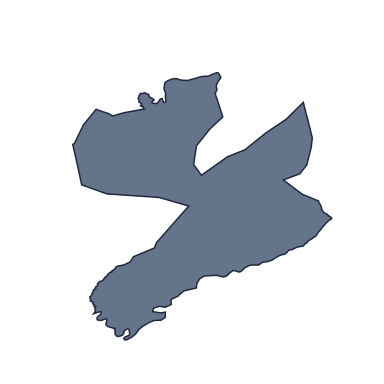 the district of Ixpantepec Nieves, Oaxaca, Mexico, rotated 68°
{"feature_id": "50627088B88531455891117", "entity_name": "Ixpantepec Nieves", "entity_type": "district", "adm_level": 2, "iso_a3": "MEX", "parent_name": "Mexico", "parent_adm1": "Oaxaca", "projection": "equal_earth", "projection_center": [-98.013, 17.504], "detail": "fine", "context": "isolated", "style": "filled", "palette": "slate", "viewbox_px": 384, "rotation_deg": 68, "n_neighbors": 0, "source": "geoboundaries", "source_scale": "gbopen_adm2", "svg_char_len": 4986}
<svg xmlns="http://www.w3.org/2000/svg" viewBox="0 0 384 384"><g transform="rotate(68 192 192)"><path d="M144.1,291.6L146.7,288.6L159.7,274.1L162.2,271.1L165.7,263.7L172.5,249.7L180.5,233.2L180.7,232.8L184.9,224.3L203.8,200.3L216.3,225.3L222.8,238.2L225.8,244.2L226.4,244.6L229.8,247.7L230.1,270.6L233.6,275.3L233.9,278.9L234.1,282.3L233.6,285.0L233.0,288.0L232.8,289.0L233.2,290.0L233.1,290.8L234.6,292.2L234.5,292.8L234.5,293.1L234.9,293.9L235.1,295.5L235.5,296.3L236.2,296.4L235.9,297.4L235.8,298.4L236.8,299.9L236.7,301.1L237.4,301.1L237.7,301.6L237.8,301.9L238.1,302.4L238.1,303.1L238.7,303.3L238.6,304.8L239.1,305.3L239.4,306.3L239.8,306.4L240.0,306.5L240.8,309.2L240.3,311.2L241.9,314.3L242.9,314.3L243.7,314.9L243.9,316.9L244.8,317.6L245.6,317.5L245.7,319.9L246.7,319.9L247.0,321.1L248.2,321.6L248.5,322.7L249.8,323.4L250.5,324.4L250.7,325.8L252.6,326.4L254.0,326.4L254.8,327.1L256.5,325.6L257.5,324.9L258.1,325.7L259.1,325.8L260.7,324.7L261.5,325.7L262.6,324.3L263.8,325.8L265.2,326.0L266.5,326.3L268.0,328.8L268.3,323.6L268.9,321.1L270.3,321.7L271.3,323.0L272.4,326.3L273.1,327.1L274.1,327.7L275.0,327.6L276.0,326.6L276.8,325.0L277.2,323.2L277.2,321.2L277.3,319.7L277.7,318.8L278.5,318.9L279.1,319.2L279.9,319.5L280.5,320.0L281.2,320.7L282.0,321.2L282.7,321.5L283.5,321.4L284.2,321.1L284.8,320.7L285.7,319.8L286.5,318.9L287.0,318.2L287.7,317.2L288.9,315.9L289.6,314.4L290.8,315.2L291.8,315.5L292.9,315.4L294.0,316.3L295.0,316.6L296.0,316.3L297.1,315.8L297.8,315.5L298.4,314.2L298.6,313.4L298.7,312.5L298.7,311.8L298.7,310.9L298.5,309.7L297.6,308.4L295.5,306.9L295.1,305.8L294.8,304.4L294.7,303.1L295.3,302.1L296.3,302.0L297.4,302.3L299.0,302.5L301.1,303.5L301.4,305.0L301.3,307.0L301.4,308.5L301.7,309.5L302.3,310.1L303.5,310.1L304.1,309.5L304.6,307.7L304.1,302.7L302.7,297.8L299.5,292.6L298.1,288.1L297.0,280.4L296.9,275.4L299.3,268.6L298.2,263.8L293.4,261.7L292.4,266.3L288.1,273.4L285.2,270.9L285.8,264.9L288.8,260.1L288.6,253.5L283.8,251.6L283.3,244.0L282.5,242.2L280.7,236.6L281.6,230.4L282.6,223.9L278.9,221.9L275.5,217.7L274.5,212.3L276.0,207.6L278.5,200.3L280.2,198.1L281.4,196.5L281.5,196.1L282.6,194.7L282.9,191.7L282.3,189.7L281.3,187.8L281.1,187.2L280.8,185.8L280.5,184.4L280.2,183.3L280.7,182.4L281.5,181.0L282.1,180.4L283.5,179.0L284.1,176.8L283.3,174.1L282.0,171.6L281.9,169.3L281.6,167.5L281.8,165.0L282.6,162.8L283.5,160.4L284.7,157.6L284.0,155.0L283.7,153.0L284.0,151.6L284.8,148.4L285.0,146.1L285.2,143.4L284.4,140.1L284.2,137.9L283.7,135.1L283.8,131.9L284.3,130.0L284.1,127.8L282.8,125.2L282.2,123.6L282.6,121.9L283.0,120.9L282.8,119.3L282.5,115.7L282.9,112.7L283.3,111.1L283.8,109.2L283.5,108.5L282.5,106.7L282.2,105.7L282.0,104.0L281.2,103.1L280.7,102.0L280.6,100.2L279.2,93.7L278.9,93.1L276.5,89.7L276.0,88.5L274.9,86.4L273.9,85.0L270.6,78.3L269.6,75.3L269.1,72.5L268.1,72.3L267.2,72.7L266.5,73.8L265.7,73.7L265.2,74.5L264.4,74.5L263.9,74.8L263.0,75.1L261.0,77.3L260.5,77.3L259.7,77.7L258.1,77.9L256.8,78.5L255.6,77.8L251.8,77.7L250.2,78.3L247.8,78.0L235.4,90.6L228.1,95.0L215.0,102.8L215.5,86.0L215.6,85.4L210.0,75.5L195.4,64.8L186.9,60.2L179.8,59.2L179.5,59.1L179.3,59.1L176.7,58.7L162.1,56.8L156.6,56.1L150.6,55.2L159.8,77.4L164.9,101.3L172.7,127.2L172.6,145.9L180.0,177.0L167.2,180.2L156.7,174.0L156.1,173.7L153.0,171.8L152.4,171.4L150.8,170.5L149.8,168.8L149.2,167.6L148.6,166.6L148.1,165.7L146.4,162.7L140.4,152.1L133.9,135.3L114.2,133.9L113.4,133.7L112.8,134.0L110.6,133.8L108.4,132.9L107.7,131.7L107.0,130.9L105.1,130.1L103.6,130.1L101.8,129.2L100.8,128.0L99.5,126.6L98.6,125.3L97.6,123.5L96.8,122.5L95.1,122.3L93.5,122.6L91.9,122.9L91.2,123.2L90.7,124.3L90.6,124.5L90.5,128.9L90.7,132.8L90.7,133.8L90.1,135.0L89.2,137.5L88.7,139.6L88.3,141.1L88.2,142.8L88.1,144.5L87.8,147.3L87.4,150.0L87.1,153.7L86.1,156.2L85.2,158.1L84.8,158.9L83.9,160.5L82.5,162.4L81.5,163.3L81.0,164.1L80.6,165.1L80.0,166.7L79.7,169.3L79.7,171.7L79.9,174.0L80.6,176.2L83.1,177.7L84.8,178.8L86.1,179.3L87.5,179.4L88.8,179.5L89.8,179.5L90.8,179.5L92.0,180.2L92.8,180.6L95.1,181.5L96.3,181.6L97.6,182.1L98.5,182.6L98.9,183.3L98.8,184.2L97.1,184.8L96.4,184.8L94.5,184.6L93.9,185.4L94.0,186.8L95.3,188.6L96.1,189.7L96.6,190.8L96.6,191.9L96.0,193.4L95.5,194.2L95.1,195.0L94.6,195.4L93.8,195.7L93.2,194.9L93.0,194.2L92.8,193.1L92.4,192.7L91.3,193.1L89.8,194.2L88.9,195.0L88.1,195.8L87.5,196.0L86.2,195.6L85.5,195.6L85.0,196.0L84.4,196.5L83.6,197.5L82.9,198.0L82.3,198.7L82.1,199.4L82.4,200.3L81.3,202.9L83.0,205.1L85.2,206.9L87.0,206.7L88.6,207.5L90.1,206.5L90.3,206.3L90.5,205.9L90.8,205.7L91.2,205.5L91.7,205.8L91.9,206.0L92.0,206.3L92.2,206.5L92.7,207.4L92.9,207.2L93.1,207.2L93.6,206.8L93.9,206.4L94.0,205.9L94.3,205.4L94.7,205.2L95.1,205.3L95.2,205.5L95.6,205.7L96.0,205.7L96.4,205.6L96.8,205.8L97.1,205.5L96.6,207.8L96.2,209.8L94.6,217.6L92.9,226.2L91.8,237.0L88.1,239.9L83.9,244.9L79.4,249.9L82.6,255.7L88.9,267.2L95.9,275.1L96.5,275.7L102.8,282.7L103.2,283.2L103.1,284.7L109.0,285.7L127.9,288.8L144.1,291.6Z" fill="#64748b" stroke="#1e293b" stroke-width="1.5"/></g></svg>